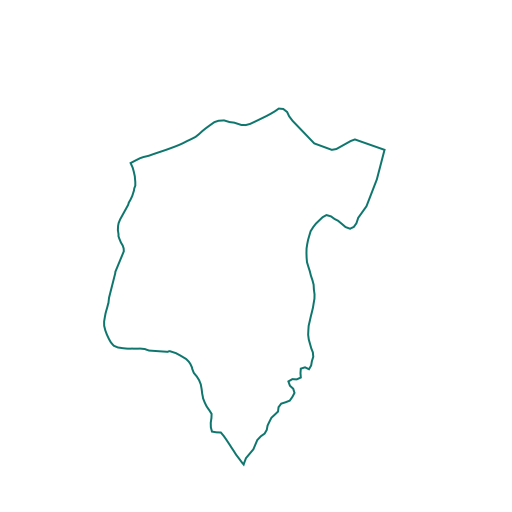 outline of At Talh, Shabwah, Yemen, rotated 140°
{"feature_id": "15242507B56657496284853", "entity_name": "At Talh", "entity_type": "district", "adm_level": 2, "iso_a3": "YEM", "parent_name": "Yemen", "parent_adm1": "Shabwah", "projection": "albers", "projection_center": [47.44, 15.093], "detail": "fine", "context": "isolated", "style": "outline", "palette": "teal", "viewbox_px": 512, "rotation_deg": 140, "n_neighbors": 0, "source": "geoboundaries", "source_scale": "gbopen_adm2", "svg_char_len": 3021}
<svg xmlns="http://www.w3.org/2000/svg" viewBox="0 0 512 512"><g transform="rotate(140 256 256)"><path d="M399.5,104.2L397.7,105.3L393.6,107.6L382.3,109.6L373.3,114.2L368.1,114.8L363.6,114.4L359.5,115.9L356.1,118.7L352.1,120.5L348.1,122.2L343.6,122.4L339.1,122.7L335.9,125.7L331.6,126.7L327.5,125.0L323.1,123.5L318.6,124.7L314.5,126.4L312.8,130.4L313.4,134.8L311.8,139.1L307.3,138.3L305.6,136.7L304.1,135.3L299.8,134.1L297.2,137.7L294.1,140.9L290.0,139.2L288.2,135.2L284.1,136.7L280.8,139.5L276.9,142.0L275.6,143.9L274.4,145.6L273.0,149.8L271.1,154.0L269.2,158.2L266.7,162.1L263.5,165.6L260.5,168.7L256.5,171.7L252.7,174.6L249.1,177.2L245.6,179.8L242.0,182.9L238.7,185.7L235.8,189.0L233.2,193.1L230.3,197.0L228.4,201.0L226.6,205.6L224.6,209.7L222.8,214.1L220.9,218.5L218.3,222.2L215.4,225.9L212.4,229.3L209.1,232.2L205.7,234.9L202.0,237.4L198.2,239.9L193.5,241.4L189.7,242.2L189.1,242.3L184.7,242.6L180.1,242.9L175.8,242.1L173.1,238.2L172.0,233.8L170.5,230.3L169.6,225.4L168.8,220.6L167.6,218.5L166.4,216.4L165.4,216.2L162.4,215.4L158.1,216.5L154.0,219.0L153.3,219.5L139.4,223.1L114.2,237.0L89.3,254.7L105.3,281.7L109.5,283.2L125.7,286.3L129.7,288.6L131.3,291.4L139.0,304.8L141.1,336.1L140.8,341.8L139.6,346.3L140.6,351.1L143.8,354.3L148.5,354.7L153.3,355.5L158.1,356.5L162.5,357.6L166.9,358.7L171.2,359.8L175.7,361.0L179.7,362.9L183.0,365.8L185.0,369.0L187.0,372.2L190.1,375.5L193.3,380.4L197.8,383.7L201.8,385.3L207.8,385.8L212.4,386.1L216.8,386.2L221.3,386.0L225.8,386.1L230.6,387.2L235.1,388.4L239.6,389.4L243.8,390.6L248.0,392.0L252.2,393.5L256.6,395.1L260.7,396.7L265.0,398.4L269.1,400.0L273.7,401.7L277.7,403.7L278.2,404.0L281.8,405.4L286.4,406.5L292.3,407.8L293.7,402.9L295.3,399.4L296.7,396.7L297.7,394.8L298.8,393.3L300.8,390.4L303.2,387.5L305.7,386.1L307.4,384.6L309.3,383.4L312.1,381.6L316.2,379.7L319.1,378.7L319.6,378.3L321.2,377.3L336.5,371.4L340.1,369.5L342.3,367.7L345.1,364.7L347.3,361.1L348.6,359.6L349.5,357.3L350.8,353.2L351.4,349.6L352.5,346.9L354.2,344.6L357.6,342.8L373.9,334.3L375.0,333.2L395.4,318.5L399.4,314.7L400.1,314.4L400.7,313.9L403.8,311.7L405.5,310.6L407.5,309.2L408.2,308.7L411.0,306.4L414.4,303.5L417.2,300.1L418.7,297.0L419.2,296.0L420.7,291.8L421.9,287.4L422.4,284.9L422.7,283.1L422.7,280.1L422.6,278.6L420.6,274.7L418.8,272.7L417.6,271.3L414.4,268.0L411.9,265.8L410.9,265.1L407.6,262.2L404.1,259.4L400.9,256.1L400.2,254.8L398.7,252.3L385.3,239.4L384.0,239.0L383.2,238.5L379.8,233.1L377.9,228.3L375.7,221.9L375.4,218.2L375.7,215.4L376.8,211.4L377.3,210.8L378.4,207.6L378.8,206.3L378.8,206.0L378.8,201.8L379.4,197.5L380.8,193.2L383.2,189.0L384.2,187.4L385.6,185.3L386.6,183.5L387.0,182.7L388.0,181.1L388.7,179.0L389.4,176.9L390.0,174.6L390.3,173.4L390.5,172.4L390.8,169.5L390.9,168.0L391.5,163.6L394.5,160.3L394.8,160.1L397.9,157.3L400.7,153.8L402.6,149.8L399.7,146.4L396.4,143.4L396.4,139.2L396.4,138.9L396.8,134.4L397.3,130.0L397.6,127.4L397.9,125.3L398.4,120.7L398.7,118.7L399.0,116.3L399.2,111.7L399.5,106.8L399.5,104.2Z" fill="none" stroke="#0f766e" stroke-width="2"/></g></svg>